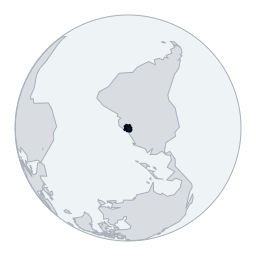 the Earth from above Sipaliwini, rotated 200°
{"feature_id": "SUR-69", "entity_name": "Sipaliwini", "entity_type": "District", "adm_level": 1, "iso_a3": "SUR", "parent_name": "Suriname", "parent_adm1": "", "projection": "orthographic", "projection_center": [-55.917, 3.687], "detail": "fine", "context": "on_globe", "style": "filled", "palette": "ink", "viewbox_px": 256, "rotation_deg": 200, "n_neighbors": 0, "source": "natural_earth", "source_scale": "10m", "svg_char_len": 9102}
<svg xmlns="http://www.w3.org/2000/svg" viewBox="0 0 256 256"><g transform="rotate(200 128 128)"><circle cx="128" cy="128" r="113" fill="#eef3f6" stroke="#a8b0b8"/><path d="M92.5,21.1L88.0,23.6L92.2,22.8L93.4,25.9L95.6,24.9L97.4,26.0L100.6,25.3L99.9,26.4L103.1,25.0L103.1,24.2L104.4,23.4L106.3,23.0L105.8,24.2L104.8,24.6L105.6,24.8L104.5,25.6L106.1,25.0L105.2,26.8L108.9,24.6L110.5,25.7L109.2,27.0L105.7,27.4L94.0,32.5L91.6,34.6L91.7,36.8L99.4,39.5L98.3,41.8L99.3,44.5L101.6,42.8L101.6,40.1L106.1,38.0L105.6,35.3L107.3,34.2L108.2,31.6L112.0,31.5L115.1,33.0L114.6,35.3L115.9,36.2L119.6,33.9L121.6,38.4L128.2,42.2L128.3,43.7L122.8,46.2L114.9,46.2L107.8,50.8L116.3,47.5L116.4,51.8L118.1,52.5L120.3,52.3L121.8,50.7L122.7,52.3L114.6,55.7L113.7,54.3L116.3,53.2L112.5,53.3L107.1,56.3L107.6,58.6L98.8,61.8L99.1,63.5L97.3,65.4L97.5,62.3L96.9,68.2L86.7,74.9L85.8,86.1L82.5,77.5L78.7,76.5L74.0,76.7L73.7,78.5L67.9,77.2L61.8,81.1L58.4,90.1L59.5,97.0L66.1,97.2L68.6,93.3L73.8,92.5L69.0,103.1L77.8,104.6L76.3,112.6L78.7,116.8L83.4,115.8L88.2,117.8L92.0,113.1L98.0,110.6L97.8,117.2L101.3,111.2L104.5,114.4L116.5,114.2L115.5,115.7L125.6,123.5L137.0,127.0L139.7,131.8L138.2,134.8L142.3,135.6L142.4,137.6L158.9,140.6L167.6,145.5L167.5,152.3L160.5,160.1L155.0,176.5L142.7,181.8L140.1,188.2L131.4,197.5L123.9,196.7L126.6,201.3L122.9,204.0L118.2,204.1L117.9,207.2L114.4,207.2L117.1,209.3L112.4,213.2L114.9,216.5L111.7,219.5L113.4,221.3L111.9,221.2L110.5,221.9L110.7,222.9L105.5,221.1L102.9,216.9L104.0,214.8L101.9,214.4L104.0,208.9L102.1,210.0L100.7,201.4L102.6,194.2L101.9,172.6L99.2,168.2L90.6,163.0L80.1,146.5L82.5,139.8L80.4,136.6L87.3,127.2L85.8,118.4L83.4,117.1L80.8,120.4L73.0,114.8L70.6,108.2L49.0,97.4L47.4,94.1L48.3,88.8L46.1,72.0L44.7,87.7L42.9,84.6L42.4,79.0L43.9,77.6L45.1,69.6L44.2,66.7L48.1,57.3L58.0,46.0L57.6,47.6L60.0,45.0L60.7,43.0L60.5,42.3L69.8,33.3L73.2,29.7L70.5,31.1L74.1,29.1L72.5,30.0L82.3,25.1L92.5,21.1ZM84.7,89.9L94.9,95.5L88.6,96.1L89.9,95.1L87.4,92.8L82.6,90.8L77.2,92.0L84.7,89.9ZM90.4,83.7L88.6,83.3L90.5,83.2L90.4,83.7ZM60.1,42.3L60.5,43.1L59.0,45.6L58.4,45.0L60.1,42.3ZM63.2,38.2L64.0,38.0L61.2,40.3L61.6,39.7L63.2,38.2ZM106.1,31.8L107.2,31.7L106.5,32.2L106.1,31.8ZM105.5,30.9L104.0,31.6L103.5,31.3L104.5,30.9L105.5,30.9ZM107.6,30.1L102.8,30.7L101.9,30.1L104.9,28.1L107.6,30.1ZM102.3,24.1L102.3,25.0L100.5,24.6L102.3,24.1ZM100.8,24.1L93.3,24.8L94.1,23.6L96.4,23.5L96.1,22.4L100.2,21.4L101.3,21.8L100.0,22.7L102.5,21.7L100.8,24.1ZM104.8,23.0L103.3,23.2L103.9,22.1L107.1,21.6L105.9,22.1L104.8,23.0ZM94.0,22.7L95.1,21.9L98.6,20.9L99.5,20.5L100.4,21.3L94.0,22.7ZM106.7,22.2L108.8,21.4L110.2,21.7L106.4,22.8L106.7,22.2ZM102.6,22.0L103.1,21.5L103.9,21.6L102.6,22.0ZM116.4,22.6L114.5,22.6L114.7,22.0L116.4,22.6ZM109.5,21.1L109.0,21.1L108.8,20.9L110.5,20.5L109.5,21.1ZM102.8,20.6L104.1,20.4L102.7,20.2L105.3,19.6L105.4,20.3L106.5,19.7L107.3,19.5L106.4,20.4L102.8,20.6ZM111.6,19.6L112.6,20.6L116.2,20.7L116.1,21.2L110.5,21.0L111.6,19.6ZM108.7,19.9L110.5,19.8L109.5,20.4L107.7,20.8L108.7,19.9ZM107.1,19.0L103.0,19.7L107.1,19.0ZM112.9,19.5L112.6,19.3L113.2,19.4L112.9,19.5ZM109.1,18.9L107.6,19.2L107.8,19.0L109.1,18.9ZM113.3,18.7L113.6,19.0L112.3,19.3L113.3,18.7ZM111.5,18.7L112.1,18.4L111.7,19.2L110.8,18.8L111.5,18.7ZM109.5,18.7L109.1,18.7L110.0,18.7L109.5,18.7ZM117.8,17.8L117.6,18.7L114.8,19.2L115.4,18.2L117.8,17.8ZM114.5,224.8L106.1,221.7L110.7,223.1L113.0,221.6L117.7,223.9L114.5,224.8ZM121.6,220.9L124.8,220.0L125.8,220.5L123.8,221.2L121.6,220.9ZM207.9,48.6L207.2,47.9L205.6,46.4L207.9,48.6ZM204.6,45.4L205.8,46.7L207.4,48.2L208.5,49.4L207.2,48.2L206.1,47.1L205.3,46.6L210.4,52.5L212.6,54.7L212.2,56.5L215.8,60.3L216.8,62.5L211.2,56.8L209.4,54.6L201.4,49.3L203.3,51.7L210.9,57.0L209.9,56.7L212.4,60.6L209.7,57.4L200.9,51.6L198.5,54.0L200.9,64.3L198.4,65.7L193.9,64.5L187.8,54.9L194.0,52.9L191.9,50.0L186.1,46.6L188.4,46.4L186.8,44.9L188.7,44.2L186.9,40.3L188.2,39.5L183.2,35.3L183.2,34.5L186.1,37.1L188.9,38.7L191.5,37.6L190.7,36.6L187.2,34.1L188.4,34.4L184.7,32.2L184.1,30.9L181.7,30.7L177.6,28.4L174.9,26.5L173.1,25.8L177.5,29.0L179.7,30.4L182.2,31.5L187.7,36.0L187.7,37.0L180.4,32.7L179.6,33.9L174.3,30.4L165.6,23.1L164.1,21.8L170.9,23.8L173.7,25.1L172.7,24.9L177.6,26.9L175.3,25.8L176.2,26.2L172.5,24.5L181.3,28.8L189.5,33.6L197.3,39.2L204.6,45.4ZM168.8,23.0L168.6,22.9L168.8,23.0ZM228.8,77.8L227.4,75.1L226.2,72.8L226.0,72.6L225.8,72.1L227.8,75.9L225.7,72.2L230.8,81.9L233.8,89.3L236.3,96.9L238.2,104.7L239.6,112.6L240.4,120.6L240.6,128.6L240.3,136.6L239.4,144.6L237.9,152.5L235.9,160.2L233.4,167.8L230.3,175.2L226.6,182.4L224.2,186.6L220.5,191.6L217.8,192.7L220.2,188.7L222.9,181.3L227.7,162.9L231.2,153.9L232.1,147.3L229.8,133.3L230.5,124.9L229.2,121.8L227.0,123.1L225.2,119.3L223.6,119.5L211.4,124.3L206.0,119.7L195.5,104.9L196.5,98.4L193.7,91.3L198.0,66.1L202.3,66.8L209.4,62.2L210.9,62.8L213.7,67.9L222.0,73.0L220.4,68.4L224.3,70.9L224.6,70.2L218.3,60.7L217.8,61.5L214.1,57.3L211.7,52.8L211.8,52.7L218.2,60.5L223.9,68.9L228.8,77.8ZM200.4,78.1L201.3,80.2L200.4,78.1ZM116.9,114.1L118.3,115.4L116.3,115.4L116.9,114.1ZM87.5,98.8L89.7,98.9L90.8,99.9L89.0,100.3L87.5,98.8ZM107.3,99.0L110.0,99.6L107.1,100.1L107.3,99.0ZM96.6,96.2L105.1,98.8L99.3,100.7L94.0,99.1L97.8,98.6L96.6,96.2ZM88.8,87.3L90.2,87.8L89.6,89.0L88.8,87.3ZM91.8,83.7L91.2,83.8L90.6,82.9L91.8,83.7ZM116.9,51.6L117.6,51.3L119.8,51.5L118.5,52.2L116.9,51.6ZM130.8,48.6L131.8,51.2L130.2,49.7L128.7,50.9L123.4,49.4L128.1,44.4L126.9,46.8L130.8,48.6ZM117.6,46.6L120.4,47.7L117.1,46.7L117.6,46.6ZM176.1,38.5L178.2,39.1L179.7,40.8L178.0,42.8L175.9,40.2L176.1,38.5ZM180.9,39.6L174.0,35.3L174.8,34.3L175.5,35.5L176.7,35.3L178.2,37.3L185.6,40.9L187.3,42.7L183.4,44.7L183.7,42.9L181.6,42.3L180.9,39.6ZM155.3,29.2L152.4,28.2L157.8,27.1L159.9,28.3L158.4,30.0L155.0,29.7L155.3,29.2ZM113.7,26.8L112.2,27.1L112.4,26.7L113.8,26.1L113.7,26.8ZM115.5,22.6L120.3,25.5L118.9,25.8L123.4,27.5L121.4,29.2L118.5,28.0L120.3,30.7L116.9,30.3L118.6,32.2L112.4,29.3L109.4,29.4L113.5,28.6L115.5,27.0L115.4,26.3L113.0,24.5L107.6,24.1L108.6,22.8L110.9,21.9L112.3,21.8L111.2,22.7L114.0,21.9L113.4,23.1L115.5,22.6ZM136.2,17.2L134.2,17.5L139.8,17.7L139.3,18.2L139.9,18.2L141.0,18.9L143.4,19.8L142.7,20.0L143.9,20.3L144.7,20.9L146.2,21.4L145.3,22.1L147.1,22.8L145.7,22.8L148.9,23.9L146.1,23.4L146.8,24.4L149.2,24.3L141.0,28.6L139.7,31.4L140.2,34.1L135.3,33.3L131.7,30.5L129.5,27.2L131.4,24.9L128.8,25.2L129.0,24.2L131.0,24.4L128.1,23.6L128.7,22.9L126.7,21.0L122.1,20.6L121.2,20.0L123.4,19.9L121.0,19.5L124.5,18.8L123.9,18.5L126.8,17.7L131.2,17.8L130.3,17.4L132.4,17.0L136.2,17.2ZM118.7,17.5L124.1,17.2L126.5,17.4L120.5,18.8L120.5,19.2L116.8,20.4L113.4,20.1L114.8,19.8L115.4,19.4L116.2,19.6L116.0,19.1L117.8,18.7L118.2,18.3L119.8,18.2L118.7,17.5ZM210.4,60.7L211.2,60.7L211.9,60.2L213.5,62.8L210.4,60.7ZM204.5,56.7L204.9,56.2L207.5,59.3L206.7,59.4L204.5,56.7ZM202.8,53.5L204.7,56.0L203.2,54.7L202.8,53.5ZM186.2,36.7L186.4,36.2L187.2,36.7L188.2,37.7L186.2,36.7ZM152.6,19.0L151.1,18.9L150.6,18.7L146.5,17.9L146.6,17.7L149.1,18.0L152.6,19.0ZM219.5,62.4L220.7,64.3L220.1,63.5L219.8,63.0L219.5,62.4ZM218.0,63.5L219.4,64.3L218.4,64.2L218.0,63.5ZM152.0,18.6L150.3,18.3L151.4,18.4L152.0,18.6ZM146.4,17.4L147.3,17.4L146.1,17.5L146.4,17.4ZM145.4,16.7L147.0,17.0L146.1,16.9L145.4,16.7Z" fill="#d9dde1" stroke="#a8b0b8" stroke-width="1"/><path d="M131.6,128.7L131.5,128.8L131.4,129.0L131.4,129.3L131.4,129.5L131.3,129.8L131.2,130.0L131.1,130.3L130.9,130.5L130.7,130.6L130.4,130.7L130.4,130.4L130.2,130.4L130.1,130.5L130.0,130.4L129.8,130.2L129.7,130.2L129.6,130.3L129.5,130.2L129.3,130.3L129.2,130.3L129.0,130.5L128.9,130.5L128.7,130.5L128.4,130.5L128.3,130.4L128.1,130.4L127.9,130.3L127.8,130.5L127.7,130.6L127.6,130.8L127.7,131.0L127.8,131.0L128.0,131.2L128.0,131.3L128.0,131.5L127.9,131.6L127.7,131.6L127.4,131.5L127.2,131.5L126.9,131.4L126.7,131.3L126.3,131.0L126.2,130.8L126.1,130.7L126.0,130.4L125.9,130.3L125.9,130.2L125.7,129.9L125.6,129.7L125.4,129.5L125.5,129.5L125.5,129.4L125.4,129.4L125.5,129.3L125.5,129.2L125.4,129.2L125.3,128.9L125.3,128.7L125.2,128.6L124.9,128.7L124.7,128.6L124.6,128.4L124.5,128.2L124.4,128.1L124.2,128.0L124.2,127.9L124.2,127.7L123.9,127.5L123.9,127.4L123.8,127.2L124.0,126.8L124.0,126.7L124.1,126.4L124.2,126.2L124.1,125.9L124.1,125.7L124.3,125.5L124.5,125.4L124.8,125.4L125.0,125.4L125.3,125.4L125.3,125.2L125.5,125.1L125.4,124.9L125.5,124.9L126.4,124.8L126.9,124.8L127.1,124.8L127.2,124.7L127.3,124.7L127.6,124.7L127.8,124.6L127.9,124.4L128.0,124.4L127.9,124.7L127.8,125.1L128.0,125.2L128.3,125.2L128.4,125.3L128.4,125.5L128.5,125.5L128.6,125.4L128.8,125.3L129.0,125.6L129.1,126.0L129.1,126.4L129.1,126.5L129.2,127.2L129.2,127.3L129.3,127.4L129.5,127.2L129.8,127.1L130.0,126.9L130.0,126.7L130.1,126.4L130.2,126.1L130.2,125.9L130.3,125.7L130.2,125.5L130.1,125.4L130.1,125.2L130.3,125.0L130.3,124.9L130.4,124.7L130.8,124.8L131.0,124.9L131.1,125.0L130.9,125.3L130.9,125.5L130.8,125.9L130.9,126.0L130.9,126.3L130.9,126.6L131.0,126.8L131.0,127.0L131.1,127.3L131.2,127.5L131.3,127.6L131.4,127.8L131.5,127.8L131.6,128.0L131.8,128.1L131.7,128.3L131.8,128.5L131.7,128.5L131.6,128.7Z" fill="#0f172a" stroke="#020617" stroke-width="1.5"/></g></svg>